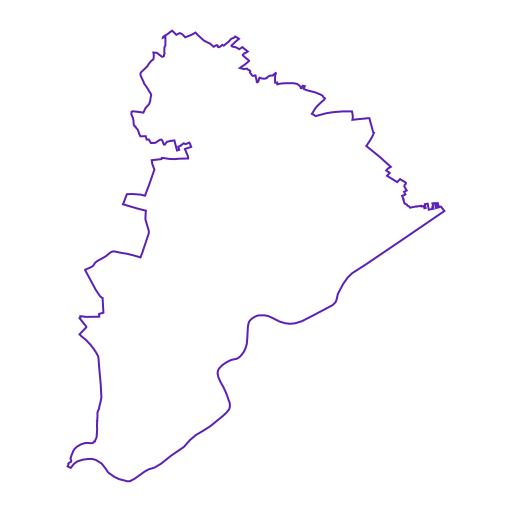 the district of Sancraiu De Mures, Mures, Romania
{"feature_id": "2599482B65716467004344", "entity_name": "Sancraiu De Mures", "entity_type": "district", "adm_level": 2, "iso_a3": "ROU", "parent_name": "Romania", "parent_adm1": "Mures", "projection": "robinson", "projection_center": [24.501, 46.544], "detail": "fine", "context": "isolated", "style": "outline", "palette": "violet", "viewbox_px": 512, "rotation_deg": 0, "n_neighbors": 0, "source": "geoboundaries", "source_scale": "gbopen_adm2", "svg_char_len": 5876}
<svg xmlns="http://www.w3.org/2000/svg" viewBox="0 0 512 512"><path d="M70.8,467.9L73.8,464.0L77.5,461.3L83.1,459.6L88.3,459.0L92.0,458.9L96.0,460.0L101.7,463.6L105.5,468.5L108.2,472.5L114.4,476.9L119.0,479.1L127.5,481.3L129.9,481.2L134.5,478.8L144.9,471.4L149.0,469.2L154.3,467.7L160.9,463.8L171.6,455.3L183.8,447.0L190.1,439.9L196.1,434.9L202.9,430.9L210.2,426.3L222.8,416.0L226.7,412.4L229.3,409.1L229.9,406.2L229.7,402.8L228.6,400.1L227.1,395.6L225.5,391.6L223.4,387.1L220.4,381.8L218.3,377.0L217.6,373.3L217.9,370.7L218.9,368.8L220.2,367.3L222.2,365.2L226.3,362.4L230.3,360.3L233.1,359.5L236.2,358.9L237.9,358.2L239.9,356.7L241.9,354.5L243.9,351.7L245.5,348.3L246.8,343.9L247.3,337.8L247.9,326.8L248.3,324.4L249.0,321.9L250.5,319.9L252.2,318.4L254.8,316.7L257.8,315.5L261.5,315.3L265.2,315.4L268.6,316.2L272.4,317.9L279.4,321.5L285.0,323.2L289.8,323.8L295.1,323.3L302.1,321.1L314.4,314.8L332.6,305.1L335.6,302.1L336.7,299.3L337.8,294.0L343.3,283.7L347.8,277.4L352.3,273.1L365.6,264.6L403.7,238.8L444.4,211.0L440.9,206.6L439.0,207.2L437.7,203.0L436.5,203.3L437.7,207.6L436.2,208.0L434.9,203.2L433.8,203.5L433.7,203.2L432.4,203.4L433.3,206.9L432.3,207.1L432.8,208.7L433.0,208.8L428.8,209.7L427.7,203.7L424.9,204.2L425.6,208.0L424.4,208.2L423.8,206.0L421.5,206.5L421.2,205.8L416.4,206.6L416.3,206.4L410.0,207.7L409.3,206.6L407.3,205.5L407.0,204.7L404.6,203.5L403.3,199.6L403.6,199.5L402.1,195.8L404.3,195.1L405.4,194.5L404.1,191.8L406.7,190.5L405.0,187.7L404.4,186.5L404.4,186.0L404.4,185.6L404.7,184.9L405.9,183.6L405.8,182.8L405.5,182.4L404.5,181.8L402.7,180.8L400.1,179.1L397.2,182.1L387.0,175.8L389.7,172.9L386.2,170.5L387.1,169.4L388.3,168.3L390.8,166.9L379.5,156.7L366.3,146.0L369.3,141.6L371.7,137.6L372.3,136.6L373.9,132.8L373.5,132.7L373.2,132.1L370.3,121.7L369.4,118.2L366.1,118.3L365.6,118.5L357.8,119.2L352.4,119.8L352.8,117.5L352.7,115.2L352.0,111.4L343.0,111.4L335.0,112.0L331.4,112.4L326.1,113.3L315.6,116.1L313.7,114.8L311.9,113.9L315.2,108.5L316.8,106.5L321.0,102.4L324.0,99.9L325.0,98.4L323.4,97.2L322.6,95.7L320.4,94.5L315.6,92.5L307.9,90.5L304.1,89.2L303.8,88.8L303.9,87.9L304.8,86.2L302.9,85.7L302.3,86.3L301.7,87.3L301.8,88.0L301.3,88.3L300.8,88.1L300.5,86.9L299.6,85.7L297.2,84.0L295.6,83.6L293.3,83.2L286.4,83.2L282.2,83.4L278.3,84.0L277.3,84.3L277.1,82.5L275.2,82.7L275.0,81.1L275.1,75.7L275.8,73.6L275.9,73.2L275.7,73.0L273.4,74.7L273.3,75.1L272.6,75.6L270.1,75.6L268.0,76.7L266.7,77.8L266.7,78.1L265.6,78.5L264.2,78.7L261.8,78.5L259.5,77.7L258.9,79.1L258.8,80.0L258.2,81.6L257.5,82.3L257.1,82.3L256.8,82.1L256.7,81.4L256.6,80.3L256.2,78.4L255.7,77.2L255.7,75.7L255.4,75.4L253.5,75.8L252.7,75.8L252.1,75.6L251.4,74.4L249.9,72.5L250.3,71.2L249.8,70.6L249.3,70.2L248.5,70.1L247.0,68.6L244.0,69.1L239.9,68.0L242.5,66.1L244.3,65.0L249.0,61.1L249.0,60.7L248.6,60.2L244.5,56.9L243.0,55.5L242.7,55.0L242.8,54.8L244.4,53.3L246.4,52.5L247.8,51.5L243.9,48.5L242.5,47.1L239.2,49.2L236.0,47.3L233.8,46.9L232.2,46.5L231.6,46.1L231.5,45.4L233.3,43.9L235.1,42.1L239.0,38.8L238.3,38.3L235.1,36.5L234.5,37.3L233.6,37.9L232.4,38.3L231.2,38.9L229.9,40.2L228.8,41.6L223.8,45.6L222.3,44.9L220.0,46.7L219.3,47.1L218.6,47.2L218.1,47.0L217.7,46.5L217.7,45.6L217.4,45.3L216.6,45.2L215.3,45.7L213.8,46.8L210.1,43.7L204.0,40.6L200.9,37.9L197.6,34.9L197.6,34.7L195.5,32.6L191.1,35.0L185.2,37.3L182.8,34.7L181.1,33.6L179.7,33.1L176.3,34.8L172.2,30.7L170.4,31.8L168.0,33.8L164.6,35.8L163.0,37.1L162.9,37.7L163.6,37.3L164.5,37.1L165.4,37.1L165.4,45.2L164.4,47.6L164.3,51.8L164.6,53.8L164.0,54.5L164.0,55.7L163.8,56.2L163.2,56.6L162.0,56.8L157.0,52.9L153.4,52.5L153.8,55.3L153.7,57.3L153.4,59.2L153.1,59.6L151.7,60.5L150.3,61.9L148.3,64.6L147.7,65.8L145.2,68.4L141.5,71.8L140.9,72.5L140.6,73.2L140.4,74.0L140.5,74.9L140.8,76.0L143.8,82.4L143.9,83.2L144.7,84.4L145.9,86.0L148.2,89.5L149.1,91.2L150.8,93.7L151.2,94.9L150.7,97.2L150.1,101.4L149.3,103.6L148.6,104.7L145.8,107.7L145.2,108.7L143.4,112.6L135.9,111.6L132.5,111.3L131.6,111.8L131.3,114.1L132.0,116.0L132.8,117.5L133.5,120.7L133.7,124.7L134.3,125.5L134.6,126.3L135.4,126.4L135.6,127.2L137.6,129.5L138.2,130.8L139.3,134.1L140.4,136.3L145.7,136.2L146.6,139.5L148.8,139.5L150.9,143.0L155.0,142.9L156.0,142.4L159.9,139.8L161.5,139.6L162.8,141.6L163.2,143.1L163.9,144.6L164.9,144.6L165.7,143.3L167.0,141.8L169.7,141.1L174.4,140.4L177.0,150.5L179.2,149.8L178.3,146.6L181.0,145.6L181.3,144.8L182.2,144.5L183.1,143.7L183.8,143.3L185.4,144.1L186.5,143.8L189.3,142.6L190.1,144.0L191.2,146.9L184.9,149.0L188.0,156.4L188.1,158.5L179.3,158.7L175.1,159.1L170.0,159.0L163.2,158.0L161.9,158.0L162.0,158.6L161.5,159.1L151.7,160.2L152.3,164.0L154.4,169.6L149.3,184.3L147.0,190.3L145.0,195.7L140.6,194.6L131.9,194.0L126.9,194.2L123.0,204.3L138.7,208.9L145.9,210.7L145.7,212.6L145.4,219.3L148.3,229.1L148.8,231.0L148.8,232.4L148.7,233.6L142.6,251.8L140.5,257.4L133.6,255.4L126.7,253.7L122.5,253.1L114.3,251.4L112.7,251.5L111.4,251.9L110.3,252.6L105.6,256.4L97.2,261.1L95.3,262.6L93.0,265.9L92.3,266.4L90.1,267.6L85.2,269.7L85.1,270.0L95.8,289.9L100.2,296.4L102.2,297.9L102.6,298.0L103.4,312.7L99.1,313.9L99.2,316.7L86.0,316.9L81.7,316.3L80.3,316.2L80.4,317.5L79.5,318.1L84.2,324.0L85.9,326.1L86.4,327.0L85.2,328.5L79.5,334.3L81.4,336.2L86.8,340.7L88.1,342.3L90.7,344.9L91.3,345.8L93.5,348.6L96.1,352.5L98.2,356.4L98.6,359.3L99.0,365.4L100.7,384.2L101.4,397.4L100.5,402.0L99.4,406.3L99.0,408.7L98.8,409.5L98.3,410.0L97.8,411.3L97.4,413.3L97.5,415.4L97.4,418.2L97.2,419.1L97.4,420.1L97.2,420.6L96.9,421.0L96.9,421.3L97.2,421.6L97.2,423.0L97.0,423.3L97.0,427.9L97.2,428.6L97.1,429.1L97.1,430.0L97.0,430.6L96.9,434.3L96.6,434.8L96.8,436.4L96.3,438.0L95.3,440.1L95.0,441.4L94.3,441.3L93.2,442.8L92.5,443.1L90.9,443.2L86.8,442.9L85.1,443.1L82.6,443.8L80.9,444.4L77.0,446.6L74.5,449.0L73.7,450.2L71.7,454.8L70.5,458.4L71.3,460.7L70.9,461.9L68.7,463.0L68.3,463.7L68.5,464.4L67.6,466.4L70.8,467.9Z" fill="none" stroke="#5b21b6" stroke-width="2"/></svg>